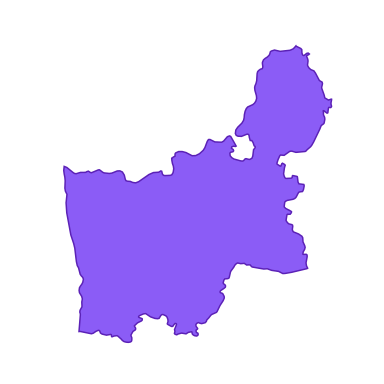 the Region of Grodno, rotated 6°
{"feature_id": "BLR-2344", "entity_name": "Grodno", "entity_type": "Region", "adm_level": 1, "iso_a3": "BLR", "parent_name": "Belarus", "parent_adm1": "", "projection": "orthographic", "projection_center": [25.492, 53.866], "detail": "fine", "context": "isolated", "style": "filled", "palette": "violet", "viewbox_px": 384, "rotation_deg": 6, "n_neighbors": 0, "source": "natural_earth", "source_scale": "10m", "svg_char_len": 6031}
<svg xmlns="http://www.w3.org/2000/svg" viewBox="0 0 384 384"><g transform="rotate(6 192 192)"><path d="M265.0,42.9L274.7,40.8L277.6,39.1L278.7,37.8L280.1,35.8L280.3,36.1L285.2,37.9L286.3,38.9L286.8,42.2L287.5,43.8L288.1,44.4L288.7,44.6L289.3,44.4L291.5,42.2L292.2,41.9L293.1,41.7L294.3,42.5L293.6,43.3L292.2,44.1L291.8,44.7L291.9,45.3L292.9,47.1L293.5,48.6L293.7,49.8L293.6,53.6L294.1,54.8L295.4,56.4L297.3,57.8L300.6,58.8L302.4,60.9L306.8,67.5L307.8,68.2L309.9,69.1L310.4,70.3L310.4,71.3L310.0,74.2L310.2,75.3L313.4,82.0L314.2,84.5L318.1,86.3L320.7,85.1L321.1,85.1L321.2,85.6L320.9,89.0L321.2,90.5L321.8,92.0L321.8,92.6L321.3,93.4L320.8,93.6L319.4,93.5L319.1,93.8L318.9,94.5L318.8,99.0L318.3,99.4L317.8,99.4L314.7,97.4L314.1,97.4L314.0,97.7L314.4,99.1L314.6,101.0L314.8,101.7L316.0,103.7L316.3,104.7L316.5,106.0L316.2,109.6L315.7,110.5L313.9,112.1L313.4,112.9L312.5,116.2L307.7,129.6L306.2,133.0L305.2,134.6L302.1,137.9L301.0,139.4L300.2,139.9L291.2,141.7L287.3,141.0L286.2,141.0L284.8,141.5L279.8,145.9L276.1,146.0L275.5,146.8L274.2,150.8L273.5,154.1L273.6,155.2L274.1,155.6L276.9,157.0L277.6,156.9L278.4,154.4L279.0,153.9L281.2,154.9L281.9,155.6L281.4,158.4L281.2,164.3L281.8,166.1L282.7,167.8L283.4,168.5L284.0,168.7L289.2,167.9L289.9,167.4L290.1,167.0L290.1,165.6L290.5,165.1L294.6,165.5L295.1,165.7L295.4,166.6L296.4,171.0L297.5,172.7L302.4,172.8L302.8,173.5L302.9,174.8L302.6,177.9L302.2,179.2L301.8,180.0L298.9,180.7L298.1,181.3L297.5,182.6L296.2,186.0L295.7,186.8L294.8,187.8L293.2,188.7L287.6,190.4L286.1,191.4L285.5,192.1L285.3,192.8L285.2,196.4L285.3,197.2L286.8,198.5L292.5,200.8L293.1,201.4L292.7,202.7L291.9,203.9L289.2,204.2L288.8,204.8L288.5,210.4L289.3,211.6L291.0,213.2L291.9,213.6L294.8,214.0L295.5,214.5L295.8,215.8L295.7,218.3L295.8,219.2L296.7,220.8L297.2,221.1L302.4,222.6L305.9,224.5L306.9,225.9L307.6,230.0L309.7,233.6L310.3,235.2L310.0,237.3L308.9,239.8L308.7,242.1L309.4,242.4L312.1,242.0L313.0,242.6L313.3,244.3L312.8,250.6L313.6,253.5L315.0,255.7L314.4,256.2L299.3,261.5L292.9,263.3L290.8,263.6L286.4,261.9L279.4,261.6L274.9,260.5L271.4,261.1L259.7,260.3L258.8,259.8L257.6,258.5L256.1,258.5L254.0,258.9L251.4,257.5L248.0,258.2L244.9,257.8L243.7,258.5L242.2,260.4L241.4,262.4L239.0,266.5L238.6,267.7L238.0,272.8L237.7,273.8L236.7,274.4L233.7,275.0L232.9,276.4L232.5,279.2L233.0,279.9L234.9,281.2L235.2,282.1L235.1,283.2L234.0,284.4L230.9,287.0L230.4,287.9L230.3,288.5L230.8,289.2L232.5,289.5L233.3,290.0L234.8,292.3L235.1,293.2L235.1,294.4L234.3,296.9L231.7,302.0L229.4,308.4L228.8,309.2L224.5,311.7L223.6,312.6L221.8,315.5L220.1,317.7L219.8,319.2L218.8,320.6L215.4,321.9L213.6,321.7L212.2,321.2L211.6,321.4L210.4,322.2L210.0,322.9L209.7,323.5L209.9,324.6L210.3,325.4L211.8,327.0L211.9,327.4L211.7,327.8L210.5,329.0L210.7,330.5L211.2,331.2L212.6,331.8L213.0,332.7L212.9,333.7L212.3,334.4L211.4,334.8L209.4,334.6L208.1,334.0L207.1,333.1L206.5,331.2L205.9,331.1L203.0,332.0L200.9,333.7L196.4,333.4L193.0,334.7L191.8,335.6L190.1,335.3L189.3,334.5L189.6,332.4L189.0,330.7L190.4,325.6L190.4,325.1L190.3,324.8L189.9,324.5L188.9,324.5L188.0,325.6L187.1,327.4L186.2,327.9L185.2,327.7L181.7,326.2L181.2,325.7L181.7,323.2L181.3,321.2L180.3,319.1L179.0,317.9L176.0,316.9L175.3,317.0L174.7,317.2L173.9,318.1L172.5,321.1L171.1,321.6L168.3,321.6L163.8,320.5L158.7,317.8L156.7,318.2L152.6,320.5L152.0,321.2L151.9,321.6L152.0,322.0L152.4,322.3L155.5,323.1L155.8,323.4L155.9,324.4L155.7,324.9L155.2,325.5L151.5,327.8L148.7,331.1L148.8,331.5L150.1,333.2L150.3,334.2L150.0,335.1L147.9,336.8L146.3,340.4L146.4,341.3L147.4,343.3L147.6,345.4L147.5,346.4L147.2,347.0L146.2,347.7L144.3,348.2L142.2,348.2L140.1,347.9L138.2,346.9L137.1,345.8L133.4,343.1L132.4,342.7L129.5,343.4L127.8,344.3L127.3,344.3L127.0,343.8L126.7,342.4L126.1,342.1L121.9,343.3L117.4,342.7L115.7,341.8L114.7,339.8L113.8,339.3L113.0,339.5L111.1,340.6L108.5,342.8L106.8,343.5L95.7,342.4L94.2,342.6L93.8,325.8L93.6,324.7L93.0,323.2L93.0,321.7L93.3,320.6L94.5,317.9L94.5,316.8L93.9,312.9L94.1,310.4L94.0,309.3L93.1,307.2L90.6,303.9L90.0,301.6L90.1,298.9L91.0,297.0L92.0,295.3L92.8,293.3L93.1,290.0L92.2,288.3L90.8,287.1L89.4,285.5L87.1,279.3L85.6,277.2L84.3,273.3L81.3,260.1L79.7,255.6L76.0,247.4L69.6,225.7L67.9,215.9L67.9,207.4L66.0,204.4L65.2,201.5L64.7,194.1L64.0,190.6L63.0,187.4L62.2,184.0L62.2,179.9L65.0,180.7L72.2,185.4L73.6,185.9L74.9,185.9L79.0,184.2L84.1,183.6L85.5,182.6L86.8,182.1L88.8,183.2L90.1,183.3L96.5,179.8L97.7,179.6L101.3,181.8L102.7,182.2L107.9,182.2L110.3,181.6L115.4,178.9L118.1,178.5L120.7,179.4L122.9,182.3L124.3,186.3L125.1,187.6L126.7,188.0L129.4,187.9L132.0,188.7L135.0,188.8L137.9,187.3L147.4,179.1L151.6,176.7L156.8,175.8L158.8,174.3L159.7,174.5L160.7,177.2L161.9,178.4L163.4,178.5L168.7,177.7L170.1,177.0L171.2,174.6L171.4,170.8L170.7,168.1L169.6,165.8L168.7,162.8L168.3,160.6L168.5,160.2L169.0,160.1L169.7,159.2L171.3,158.3L171.2,155.8L171.6,154.9L174.4,153.2L178.1,152.8L181.9,153.4L188.3,155.9L191.9,155.4L195.5,153.1L198.8,149.4L200.2,146.5L201.9,140.0L202.9,138.1L204.4,137.9L209.5,139.8L216.2,139.4L218.1,138.1L221.4,133.3L223.4,132.3L224.5,132.6L225.0,133.1L231.1,141.7L230.4,142.2L228.5,142.1L226.8,143.0L226.7,144.4L228.6,145.5L229.1,146.7L228.5,147.7L226.2,148.5L225.6,149.5L226.2,152.0L228.0,153.7L230.2,154.8L237.4,156.0L239.2,155.9L240.0,155.4L241.3,153.6L242.2,153.2L245.3,153.6L246.2,153.5L248.1,152.1L248.7,149.9L248.8,143.5L250.0,141.6L250.2,141.0L250.0,140.1L249.1,139.7L248.8,139.2L247.6,136.5L246.1,134.6L244.5,134.7L243.3,131.7L243.0,130.4L242.6,129.3L241.5,128.6L240.3,128.9L235.4,131.5L231.9,131.7L230.1,131.1L229.0,129.3L229.1,125.8L230.7,122.8L234.4,118.3L235.8,115.3L236.1,112.6L236.0,109.7L236.4,106.1L237.3,103.3L238.5,101.6L243.4,98.7L244.9,97.1L246.0,94.9L246.5,92.1L246.0,89.5L244.0,84.5L243.4,81.8L243.5,80.0L244.3,77.4L244.7,74.5L244.4,67.4L244.7,65.5L245.5,64.3L247.2,62.7L249.0,62.0L249.3,60.9L249.3,59.7L248.6,57.0L248.5,55.7L249.3,53.1L250.9,51.4L252.7,50.0L254.4,48.0L254.9,46.6L255.3,44.3L256.2,43.5L259.2,42.2L265.0,42.9Z" fill="#8b5cf6" stroke="#5b21b6" stroke-width="1.5"/></g></svg>